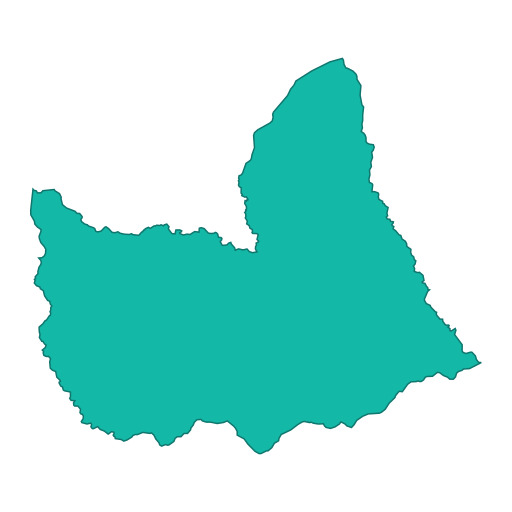 outline of Nipepe, Niassa, Mozambique
{"feature_id": "85939544B55402666252817", "entity_name": "Nipepe", "entity_type": "district", "adm_level": 2, "iso_a3": "MOZ", "parent_name": "Mozambique", "parent_adm1": "Niassa", "projection": "mercator", "projection_center": [37.842, -13.907], "detail": "fine", "context": "isolated", "style": "filled", "palette": "teal", "viewbox_px": 512, "rotation_deg": 0, "n_neighbors": 0, "source": "geoboundaries", "source_scale": "gbopen_adm2", "svg_char_len": 5989}
<svg xmlns="http://www.w3.org/2000/svg" viewBox="0 0 512 512"><path d="M329.9,61.9L311.8,70.9L295.9,81.0L293.9,85.3L290.7,89.0L287.6,95.5L273.5,112.1L272.7,114.2L273.1,117.5L272.2,121.0L269.8,123.1L257.9,129.7L254.5,132.7L253.6,135.5L254.5,147.7L252.1,154.4L251.2,159.1L250.3,160.4L246.0,163.4L242.6,173.1L241.0,175.1L239.1,175.7L238.6,178.2L239.3,179.3L238.4,180.7L239.0,182.4L238.5,185.1L239.4,186.8L241.2,187.7L241.1,193.1L242.3,194.4L241.8,195.6L244.8,197.1L246.3,196.8L248.0,199.4L247.7,200.1L246.5,200.1L246.3,201.1L245.1,200.7L244.7,203.4L246.4,206.4L246.5,208.9L245.6,210.0L246.2,210.6L244.7,212.6L245.6,213.5L245.9,216.3L245.3,217.9L247.3,221.0L246.7,223.9L249.1,225.5L250.1,228.4L252.2,229.4L252.5,231.6L252.0,232.5L252.6,233.4L256.8,233.6L258.2,234.5L257.0,239.5L258.3,240.7L258.5,241.8L256.1,243.2L256.5,245.1L255.6,246.5L255.4,248.9L256.9,251.9L252.4,252.7L249.3,251.6L247.0,249.0L243.1,249.9L238.5,248.9L235.2,250.2L234.7,247.9L231.3,244.0L230.8,242.4L228.9,243.0L226.8,245.0L222.3,245.4L220.2,241.7L221.6,239.9L221.9,238.4L221.1,237.6L218.4,237.2L217.7,234.1L216.3,232.7L215.4,232.4L213.8,233.3L210.9,233.5L208.3,233.1L204.2,228.6L201.2,227.7L199.3,228.2L199.0,232.1L194.6,231.6L190.0,234.5L187.1,234.1L183.4,235.0L179.9,233.6L179.7,232.7L181.5,231.7L181.7,230.8L179.7,229.9L175.9,230.0L175.0,233.9L171.9,233.6L168.7,229.4L168.4,228.3L169.0,226.8L166.8,224.1L164.3,224.8L163.5,225.8L161.0,224.8L159.8,225.5L156.7,225.2L155.4,226.0L154.1,225.9L150.2,228.4L148.4,227.3L145.2,228.8L144.7,230.0L143.6,230.1L142.7,231.7L141.6,232.1L138.8,235.3L133.0,234.7L131.5,233.7L129.3,234.5L124.5,234.2L120.0,233.2L118.0,231.8L115.0,232.7L112.1,232.4L108.5,228.5L106.0,226.8L104.7,227.3L101.1,231.1L97.5,231.9L95.7,231.2L94.8,228.7L93.7,227.8L88.5,226.0L87.4,224.8L84.8,224.1L81.8,221.8L80.7,219.8L82.1,217.7L82.1,216.5L79.7,213.5L76.8,213.3L75.1,211.3L66.5,208.0L62.4,204.6L61.0,198.6L61.2,197.2L59.5,193.6L55.2,191.0L54.2,189.5L42.9,190.7L41.0,192.8L37.5,192.9L36.3,190.9L34.0,190.3L33.0,189.2L30.7,210.4L30.8,214.8L34.4,221.1L34.8,224.0L37.4,227.0L41.0,229.5L40.9,231.5L39.1,236.2L39.3,238.4L40.8,242.5L44.5,246.9L45.8,249.5L45.5,253.5L44.3,255.9L42.0,257.7L38.7,258.0L40.8,260.4L41.3,262.2L40.9,264.3L39.0,267.2L37.9,271.5L38.0,273.6L35.2,276.8L35.5,278.5L34.4,279.4L35.1,280.5L34.3,283.0L36.5,285.7L39.8,287.0L40.4,288.8L43.3,290.6L44.6,295.9L47.7,300.5L49.7,301.2L50.3,304.0L51.8,306.0L50.7,307.7L50.8,310.2L50.0,311.7L50.7,313.1L50.3,315.4L49.4,315.7L46.7,319.8L44.8,321.0L43.0,323.7L39.1,327.1L39.3,331.9L40.0,334.6L39.4,337.6L41.8,341.3L43.0,341.5L44.6,344.0L46.1,345.1L45.3,347.5L42.3,350.1L43.6,351.3L43.2,353.0L43.9,355.4L46.3,356.5L48.6,356.4L50.5,358.6L49.7,361.9L50.3,368.2L52.4,370.2L55.7,371.5L56.8,377.1L60.3,380.6L60.3,381.5L59.1,382.2L59.2,383.2L60.8,386.1L62.5,387.0L63.3,390.0L64.5,390.8L70.4,392.0L70.5,396.7L69.7,398.4L71.1,400.4L74.8,400.7L73.5,402.9L73.8,405.2L74.9,406.1L77.8,406.0L80.5,409.1L80.0,412.7L81.1,414.1L82.3,414.2L83.3,415.9L83.2,418.6L81.3,421.5L81.8,422.6L87.0,424.0L90.8,423.1L91.6,424.6L90.9,426.8L92.3,428.6L93.4,428.7L97.7,426.6L100.1,429.4L104.4,431.1L108.2,434.1L111.5,431.7L113.8,432.2L114.2,433.2L113.2,435.1L113.8,436.2L114.8,436.5L115.3,438.6L121.2,439.5L123.8,441.1L127.0,440.0L131.9,437.0L132.9,435.5L135.3,434.5L137.4,434.6L142.8,432.4L150.1,433.4L151.5,432.9L154.0,435.2L155.8,439.0L158.9,442.6L159.7,444.9L161.6,446.1L165.4,444.6L167.8,445.2L169.2,444.8L173.9,441.4L175.1,438.4L177.3,436.7L181.0,436.7L184.0,433.5L187.6,433.4L190.6,429.8L190.8,428.2L193.2,425.1L194.3,422.3L196.8,419.8L201.0,419.4L202.4,420.9L206.2,422.1L210.4,422.1L217.2,423.5L223.5,422.5L227.3,420.9L233.6,426.0L235.5,428.2L237.2,431.4L237.2,435.1L244.2,438.9L247.9,444.1L255.0,451.3L259.1,453.6L260.9,453.6L266.4,450.9L268.1,450.8L271.8,447.7L274.4,443.2L278.6,440.8L279.0,438.3L281.2,434.5L290.8,429.9L298.0,424.4L302.5,421.8L304.6,421.5L309.7,422.6L311.2,422.2L313.3,423.2L318.2,424.0L323.5,423.8L324.4,425.8L326.0,427.4L330.5,428.4L335.0,426.9L339.4,424.0L341.0,421.9L344.9,423.9L346.9,425.9L351.5,427.5L354.0,424.8L356.7,420.4L362.8,416.2L368.3,413.9L379.3,413.2L381.4,412.3L385.2,409.3L389.2,403.1L394.9,397.6L395.5,395.7L398.3,392.2L399.4,391.3L402.3,391.7L407.7,384.2L411.1,381.8L416.3,381.6L418.1,380.9L419.7,381.6L421.4,381.4L423.5,380.0L425.3,377.2L426.9,376.5L432.5,376.3L437.3,372.4L439.7,372.7L443.4,375.5L447.6,377.2L449.8,379.2L453.4,379.2L455.5,376.9L456.6,373.1L458.7,371.4L461.9,370.4L463.5,369.0L469.5,368.6L481.3,362.5L479.0,362.5L477.8,361.4L476.4,359.4L475.4,355.9L472.0,352.3L470.9,352.1L465.9,353.5L462.9,352.3L462.1,350.8L462.2,344.8L454.6,334.6L455.9,330.2L455.2,328.5L451.4,330.9L450.0,330.7L449.9,328.6L447.9,327.1L449.2,325.8L448.7,325.1L446.0,325.2L444.8,324.1L442.8,321.3L442.6,319.2L440.0,319.1L436.9,315.5L436.2,314.0L436.6,312.3L435.3,311.7L430.9,307.2L430.2,305.4L426.3,303.6L424.5,300.4L424.4,299.1L427.7,291.4L429.5,289.8L427.9,289.3L427.7,287.6L426.4,286.3L425.0,283.4L422.3,282.8L422.3,281.8L424.0,280.5L423.0,275.4L419.5,272.3L417.6,272.6L414.3,271.4L414.6,268.6L413.5,266.0L415.1,264.0L415.8,260.8L414.4,259.7L413.6,256.7L411.7,255.3L410.7,252.6L410.9,249.3L406.9,246.5L406.6,243.7L405.4,241.3L402.0,239.0L400.8,235.4L399.1,234.9L395.6,230.7L393.1,228.9L393.8,226.5L392.1,225.6L391.9,224.5L393.1,223.2L393.4,221.8L390.5,221.3L389.9,219.3L387.2,219.0L386.3,216.8L387.6,215.8L386.9,213.2L388.1,207.5L385.2,205.7L384.2,203.8L382.8,203.3L382.6,201.3L378.9,199.4L378.3,196.9L378.7,194.1L378.1,192.9L374.5,191.6L371.9,191.7L372.7,184.9L372.0,183.6L369.4,182.4L368.9,179.2L369.9,174.9L369.5,170.0L371.4,166.6L370.8,162.3L372.5,157.4L371.7,152.1L373.2,150.3L374.2,147.1L373.3,144.7L369.5,144.2L367.1,143.1L366.0,141.4L366.0,137.7L365.2,135.2L363.8,133.3L361.2,131.5L362.4,127.9L361.9,124.1L362.7,120.5L362.7,114.9L363.6,107.0L361.9,104.8L360.1,95.1L360.9,85.6L357.0,79.4L356.9,76.3L356.0,74.2L353.1,71.2L347.6,68.3L345.8,67.9L344.0,64.3L343.4,60.1L342.4,58.4L329.9,61.9Z" fill="#14b8a6" stroke="#0f766e" stroke-width="1.5"/></svg>